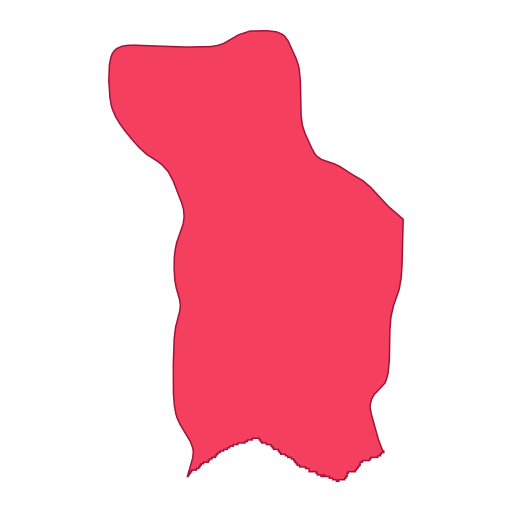 the district of Nizao, Peravia, Dominican Republic
{"feature_id": "3306468B29569237091860", "entity_name": "Nizao", "entity_type": "district", "adm_level": 2, "iso_a3": "DOM", "parent_name": "Dominican Republic", "parent_adm1": "Peravia", "projection": "equal_earth", "projection_center": [-70.205, 18.267], "detail": "fine", "context": "isolated", "style": "filled", "palette": "rose", "viewbox_px": 512, "rotation_deg": 0, "n_neighbors": 0, "source": "geoboundaries", "source_scale": "gbopen_adm2", "svg_char_len": 3011}
<svg xmlns="http://www.w3.org/2000/svg" viewBox="0 0 512 512"><path d="M187.4,476.5L188.1,476.5L188.1,474.9L189.3,474.9L189.3,473.3L190.5,473.3L190.5,471.7L191.7,471.7L191.7,470.1L196.4,470.1L196.4,468.5L198.8,468.5L198.8,466.9L200.0,466.9L200.0,465.3L201.2,465.3L201.2,463.7L203.5,463.7L203.5,462.2L208.3,462.2L208.3,460.6L209.5,460.6L209.5,459.0L211.9,459.0L211.9,457.4L215.4,457.4L215.4,455.8L216.6,455.8L216.6,454.2L217.8,454.2L217.8,452.6L220.2,452.6L220.2,451.0L223.7,451.0L223.7,449.4L227.3,449.4L227.3,447.8L229.6,447.8L229.6,446.2L233.2,446.2L233.2,444.6L237.9,444.6L237.9,443.0L245.0,443.0L245.0,441.5L247.4,441.5L247.4,439.9L252.2,439.9L252.2,438.3L259.3,438.3L259.3,439.9L260.5,439.9L260.5,441.5L261.7,441.5L261.7,443.0L266.4,443.0L266.4,444.6L271.1,444.6L271.1,446.2L272.3,446.2L272.3,447.8L273.5,447.8L273.5,449.4L278.3,449.4L278.3,451.0L279.4,451.0L279.4,452.6L280.7,452.6L280.7,454.2L285.4,454.2L285.4,455.8L287.8,455.8L287.8,457.4L291.3,457.4L291.3,459.0L293.7,459.0L293.7,460.6L294.9,460.6L294.9,462.2L296.1,462.2L296.1,463.7L297.2,463.7L297.2,465.3L299.6,465.3L299.6,466.9L305.5,466.9L305.5,468.5L309.1,468.5L309.1,471.7L316.2,471.7L316.2,473.3L317.4,473.3L317.4,474.9L321.0,474.9L321.0,476.5L323.3,476.5L323.3,474.9L324.5,474.9L324.5,476.5L329.3,476.5L329.3,478.1L332.8,478.1L332.8,479.7L336.4,479.7L336.4,481.3L337.0,481.3L338.8,481.3L338.8,480.6L338.8,479.7L340.9,479.7L344.7,479.7L344.7,478.1L345.9,478.1L345.9,476.5L347.1,476.5L347.1,475.7L347.1,473.3L348.2,473.3L348.2,471.7L353.2,471.7L355.3,471.7L355.3,470.6L355.3,470.1L356.1,470.1L356.6,469.9L356.6,468.5L357.7,468.5L357.7,466.9L358.9,466.9L358.9,465.3L360.1,465.3L360.1,462.2L362.5,462.2L362.5,460.6L369.6,460.6L369.6,459.0L370.8,459.0L370.8,457.4L374.6,457.4L377.8,457.4L377.8,455.8L380.3,455.8L380.3,454.2L381.4,454.2L381.4,452.6L383.8,452.6L383.8,451.0L382.8,451.0L378.5,439.9L371.2,413.6L370.1,407.8L370.2,404.8L371.6,399.1L374.3,394.4L384.8,383.2L386.2,380.2L388.1,373.1L389.3,360.9L389.9,330.2L390.9,317.2L393.5,305.6L399.1,289.7L401.2,277.8L402.0,265.3L403.2,219.3L387.9,206.0L370.9,187.6L362.9,180.7L352.2,174.5L339.9,166.5L334.7,164.0L321.5,159.5L316.8,156.2L314.9,153.9L311.9,148.5L305.2,133.9L303.0,127.4L302.1,123.4L301.1,115.2L300.4,81.4L299.2,69.0L298.3,65.0L296.1,58.5L288.2,41.1L284.6,36.1L282.0,34.1L276.3,31.8L266.7,30.7L249.8,31.1L238.4,34.9L223.4,43.6L217.0,45.6L210.4,46.6L186.4,47.1L134.6,45.2L128.2,45.3L122.1,46.2L116.5,48.7L114.0,51.1L112.1,54.1L110.8,57.5L109.4,64.8L108.8,80.7L109.9,97.3L111.3,105.6L112.5,109.5L115.7,116.9L119.7,123.5L124.2,129.8L131.3,138.7L138.8,147.1L146.7,154.4L157.2,161.1L162.1,164.8L168.3,171.8L173.1,180.8L181.6,202.7L183.5,209.2L184.1,216.6L183.2,223.9L176.7,242.4L175.2,249.7L174.3,257.3L174.1,269.0L174.9,280.5L176.2,287.7L179.6,299.6L180.4,305.5L179.7,311.4L175.6,327.0L174.2,338.8L173.3,363.8L173.4,393.4L174.4,405.7L175.8,413.6L176.9,417.4L179.9,424.1L190.5,441.8L192.8,448.1L193.3,451.5L192.8,457.6L187.4,476.5Z" fill="#f43f5e" stroke="#9f1239" stroke-width="1.5"/></svg>